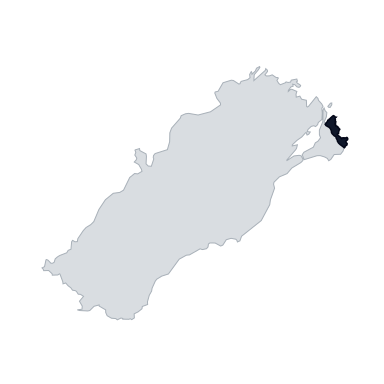 location of Edirne within Turkey, rotated 139°
{"feature_id": "TUR-2240", "entity_name": "Edirne", "entity_type": "Province", "adm_level": 1, "iso_a3": "TUR", "parent_name": "Turkey", "parent_adm1": "", "projection": "mercator", "projection_center": [26.457, 41.291], "detail": "fine", "context": "in_parent", "style": "filled", "palette": "ink", "viewbox_px": 384, "rotation_deg": 139, "n_neighbors": 0, "source": "natural_earth", "source_scale": "10m", "svg_char_len": 5469}
<svg xmlns="http://www.w3.org/2000/svg" viewBox="0 0 384 384"><g transform="rotate(139 192 192)"><path d="M299.3,136.2L304.6,138.2L306.4,136.7L311.3,136.9L315.6,138.0L318.1,134.8L321.2,135.2L321.7,136.8L323.2,137.4L327.7,141.5L327.2,142.0L328.3,143.5L332.2,144.5L332.6,146.5L335.6,149.6L337.2,154.3L336.2,157.6L334.5,159.7L336.9,166.8L336.2,167.7L340.9,170.0L346.9,169.6L348.7,170.6L354.5,176.2L355.9,178.3L351.9,175.7L349.7,177.9L348.6,183.4L342.3,184.4L343.3,187.9L344.9,189.5L344.4,192.8L344.8,194.1L346.6,196.3L346.3,199.3L347.0,202.4L347.0,206.2L349.6,207.3L348.4,209.0L345.5,216.6L345.7,217.2L347.7,217.4L352.0,220.9L351.2,222.0L351.7,226.8L355.5,229.9L354.9,231.5L355.0,233.1L352.3,232.4L346.7,236.6L346.1,236.5L345.4,235.0L345.2,230.8L343.9,229.7L342.1,229.4L339.1,231.3L336.3,231.3L333.6,230.9L326.4,228.3L323.7,229.2L320.9,228.2L315.5,233.4L313.8,233.8L313.0,231.2L311.1,229.8L308.7,231.7L299.4,234.2L295.1,234.7L289.8,233.8L285.5,234.1L273.7,239.9L262.4,243.0L252.3,242.7L246.8,239.1L242.5,238.3L229.5,243.8L223.2,243.6L221.1,241.3L216.2,240.4L215.2,242.5L214.2,247.7L215.9,252.5L213.1,252.8L211.4,253.8L210.9,257.4L208.4,258.8L207.6,261.0L207.1,261.0L203.1,259.2L204.2,257.5L201.7,250.9L203.0,248.8L208.2,243.4L208.0,240.3L205.8,238.1L199.2,242.0L198.5,243.6L197.0,244.8L194.6,245.2L182.8,240.1L175.9,244.6L169.9,251.2L165.5,253.6L152.4,255.4L150.1,256.7L145.6,255.3L143.0,253.6L136.9,246.1L125.4,240.4L113.3,239.0L112.2,240.5L111.8,246.3L109.9,251.7L108.9,252.3L106.2,250.9L96.9,254.1L89.0,250.6L87.6,249.0L85.8,242.7L84.6,242.2L83.4,243.1L82.0,243.1L76.3,240.3L73.2,240.2L71.4,242.9L68.3,244.0L68.3,243.2L69.5,241.5L64.7,241.8L62.1,243.1L58.7,242.3L58.9,241.6L61.7,240.7L68.1,239.7L72.2,235.5L56.9,235.7L55.4,236.7L55.2,234.5L56.0,233.4L60.1,232.6L59.8,230.8L57.3,228.8L54.6,227.8L53.4,223.2L52.1,222.0L52.2,221.3L54.7,220.5L55.3,217.1L54.9,215.0L49.9,213.2L48.8,213.4L47.6,211.6L45.5,210.3L43.7,211.3L38.8,208.5L39.7,206.5L40.9,206.6L41.1,205.0L40.2,202.3L40.2,201.0L41.3,200.6L42.6,200.8L43.8,202.4L44.0,205.5L45.3,207.3L46.2,205.5L48.5,206.4L52.6,205.5L53.4,204.7L50.4,204.8L49.3,204.1L46.9,199.1L49.3,197.6L51.1,195.2L47.7,193.6L48.4,190.1L45.5,186.2L49.4,181.3L49.2,180.5L47.9,180.2L35.7,182.4L35.5,180.1L36.4,178.2L36.3,173.4L36.9,170.7L39.1,170.0L41.9,166.1L46.4,161.5L51.1,161.6L53.0,160.4L55.8,160.3L56.6,162.1L59.0,163.3L63.4,163.1L65.4,162.0L63.4,159.7L65.9,159.0L67.8,159.5L66.8,162.0L67.4,162.2L73.0,161.5L78.8,162.1L85.3,161.8L86.1,161.0L81.5,158.5L84.4,156.4L86.1,155.9L99.6,153.9L99.7,153.4L91.4,152.3L87.1,149.4L85.9,147.8L86.7,144.0L87.7,143.0L90.6,142.8L100.9,144.6L108.2,143.5L116.1,146.1L123.7,145.6L125.3,144.4L127.2,140.7L138.0,134.6L141.7,131.4L158.5,125.0L183.6,126.1L187.9,123.7L190.5,124.5L189.8,126.1L189.9,127.6L192.9,131.4L197.4,133.5L203.6,131.7L205.8,132.4L208.0,138.3L211.9,141.8L213.7,142.0L216.0,140.0L218.3,139.7L221.9,141.7L223.2,143.8L235.2,146.2L237.7,148.0L245.7,149.7L263.6,145.6L270.1,148.4L275.6,149.3L278.0,148.9L285.2,145.6L287.5,143.7L292.0,142.1L297.6,138.4L299.3,136.2ZM68.3,125.9L67.8,128.5L68.9,131.4L71.4,135.4L73.9,137.4L86.1,142.8L84.4,147.8L81.4,148.6L71.0,146.2L66.7,148.2L63.7,147.7L59.4,148.6L58.3,151.6L55.3,155.1L47.0,159.3L39.4,167.8L37.2,168.8L38.2,166.0L38.1,163.5L41.4,160.5L46.1,158.3L47.3,156.4L35.6,156.8L34.4,154.2L35.6,153.7L39.4,149.0L39.8,147.2L39.4,142.6L44.1,139.9L44.5,138.9L43.7,134.3L39.3,131.7L39.4,130.4L42.5,129.1L44.3,126.0L48.9,125.3L51.1,123.8L55.1,123.0L60.1,127.0L65.9,125.5L68.3,125.9ZM33.3,167.5L29.3,168.2L28.1,167.5L29.3,166.1L32.4,165.2L33.4,166.5L33.3,167.5Z" fill="#d9dde1" stroke="#a8b0b8" stroke-width="1"/><path d="M47.8,125.9L48.1,125.7L48.6,128.4L49.1,130.6L49.3,132.8L48.9,135.0L48.2,136.1L48.0,137.7L47.1,139.5L47.6,140.5L47.8,140.9L48.0,144.1L47.7,145.4L46.9,146.5L46.3,147.9L46.0,149.5L46.2,151.3L46.8,152.7L47.2,154.2L47.3,154.3L47.1,155.6L46.0,155.9L45.6,156.1L45.4,156.2L44.2,156.2L43.7,156.3L42.4,157.1L41.9,156.8L41.7,156.6L41.4,156.6L41.2,156.7L40.9,156.9L40.6,157.0L40.2,156.7L39.9,156.8L39.0,157.0L35.8,157.0L35.3,156.9L35.1,156.8L35.0,156.4L34.8,156.0L34.7,155.7L34.8,155.3L34.8,154.8L34.6,154.3L34.3,154.0L34.5,154.0L34.5,153.9L35.2,154.0L35.7,153.7L36.1,153.3L36.2,152.7L36.5,152.3L37.4,151.5L37.3,151.2L37.5,150.9L37.4,150.9L37.4,150.7L37.6,150.7L37.7,150.3L37.7,150.5L37.8,150.6L38.0,150.5L38.1,150.3L38.2,149.8L38.3,149.8L38.5,150.0L38.8,150.1L39.0,150.1L39.0,149.9L38.9,149.8L38.8,149.7L39.0,149.5L39.5,149.2L39.8,149.0L39.9,148.8L39.9,148.7L39.7,148.6L39.5,148.4L39.5,148.2L39.9,147.9L40.1,147.8L40.2,147.6L40.2,147.3L39.7,147.1L39.6,146.8L39.3,146.3L39.3,146.0L39.6,145.4L39.2,145.2L39.5,144.5L39.3,144.1L39.3,143.7L39.4,143.3L39.5,142.8L39.3,142.4L39.5,142.2L40.5,142.1L40.8,142.0L41.3,141.6L41.8,141.2L42.0,141.0L42.2,140.9L43.0,140.0L43.5,140.4L43.9,140.5L44.2,140.5L44.4,140.3L44.6,139.9L44.7,139.4L44.7,138.9L44.6,138.4L44.3,137.3L44.2,136.5L44.2,136.1L44.0,135.8L44.1,135.5L44.0,134.9L44.1,134.7L44.0,134.4L44.0,134.2L43.6,134.5L43.5,134.4L42.7,134.0L41.7,133.2L41.9,132.9L41.9,132.6L41.7,132.5L41.4,132.4L40.7,132.2L40.2,131.8L39.9,131.7L39.5,131.7L39.3,131.5L39.2,131.0L39.3,130.5L39.5,130.0L40.2,129.4L42.0,129.4L42.8,129.2L43.0,128.9L43.2,128.5L43.2,128.0L43.2,127.9L43.3,127.7L43.3,127.4L43.3,127.2L43.1,127.1L43.1,126.8L43.2,126.7L43.4,126.6L43.9,126.1L44.1,125.9L44.5,125.9L46.1,126.1L46.4,126.1L46.6,126.0L46.9,125.6L47.1,125.5L47.3,125.6L47.6,125.9L47.8,125.9Z" fill="#0f172a" stroke="#020617" stroke-width="1.5"/></g></svg>